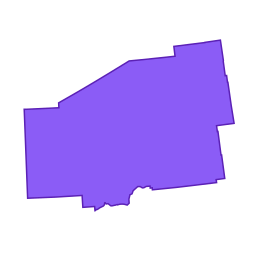 the district of Matanuska-Susitna, Alaska, United States of America, rotated 355°
{"feature_id": "52423323B34523976645917", "entity_name": "Matanuska-Susitna", "entity_type": "district", "adm_level": 2, "iso_a3": "USA", "parent_name": "United States of America", "parent_adm1": "Alaska", "projection": "orthographic", "projection_center": [-149.802, 62.337], "detail": "fine", "context": "isolated", "style": "filled", "palette": "violet", "viewbox_px": 256, "rotation_deg": 355, "n_neighbors": 0, "source": "geoboundaries", "source_scale": "gbopen_adm2", "svg_char_len": 1327}
<svg xmlns="http://www.w3.org/2000/svg" viewBox="0 0 256 256"><g transform="rotate(355 128 128)"><path d="M21.9,189.2L50.2,190.5L76.4,191.2L76.1,203.1L87.9,203.3L87.9,207.5L88.3,207.4L88.6,207.1L88.8,206.8L88.8,206.5L88.8,206.4L89.0,206.3L89.4,206.6L90.5,206.4L92.0,205.6L92.2,205.4L92.7,205.1L96.6,203.6L97.3,203.0L97.6,202.6L97.9,202.1L98.2,200.6L98.5,200.4L98.8,200.5L99.3,201.4L100.0,201.8L100.5,201.7L101.5,201.6L102.8,202.8L103.7,203.7L104.1,204.0L104.6,204.1L106.0,204.1L107.0,203.9L109.0,203.7L109.7,203.5L110.0,203.4L110.6,203.3L111.0,203.7L111.6,203.5L113.3,203.2L115.6,203.3L117.5,203.6L120.5,204.7L122.6,203.0L122.7,198.9L123.4,196.9L124.1,194.7L126.3,193.9L127.6,191.0L129.0,189.9L132.6,187.2L135.0,187.4L137.1,188.9L138.6,188.9L141.0,187.8L144.9,187.8L144.9,189.8L146.9,189.7L146.9,191.7L169.7,191.4L170.4,191.4L183.9,191.0L211.5,190.1L211.3,187.1L220.0,186.7L218.9,163.0L218.3,163.0L217.3,139.3L216.7,139.4L216.4,133.4L234.1,132.6L232.8,114.9L231.5,91.2L231.1,91.2L230.8,84.3L229.4,84.4L228.7,69.9L228.9,69.1L227.7,48.5L212.1,49.4L212.1,49.6L208.6,49.7L180.8,50.7L181.1,60.6L172.3,60.8L147.6,61.2L135.0,61.3L112.3,72.6L98.0,79.6L80.8,87.8L61.1,96.9L60.9,101.8L52.7,101.5L28.2,100.5L26.3,100.3L26.2,100.3L26.2,100.9L24.8,130.0L23.2,162.5L21.9,189.2Z" fill="#8b5cf6" stroke="#5b21b6" stroke-width="1.5"/></g></svg>